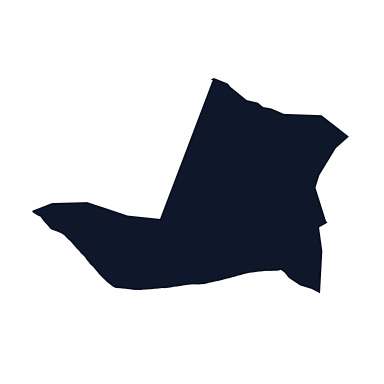 the district of Quatre Chemins, Castries, Saint Lucia, rotated 85°
{"feature_id": "8701671B54761121422893", "entity_name": "Quatre Chemins", "entity_type": "district", "adm_level": 2, "iso_a3": "LCA", "parent_name": "Saint Lucia", "parent_adm1": "Castries", "projection": "orthographic", "projection_center": [-60.975, 13.991], "detail": "fine", "context": "isolated", "style": "filled", "palette": "ink", "viewbox_px": 384, "rotation_deg": 85, "n_neighbors": 0, "source": "geoboundaries", "source_scale": "gbopen_adm2", "svg_char_len": 2532}
<svg xmlns="http://www.w3.org/2000/svg" viewBox="0 0 384 384"><g transform="rotate(85 192 192)"><path d="M150.4,32.1L127.5,56.7L122.9,94.0L116.4,106.1L114.2,114.2L109.4,119.1L105.9,129.9L95.9,140.2L91.2,145.1L87.7,147.4L81.2,160.3L81.6,161.5L82.0,160.6L216.9,225.8L210.6,258.4L193.7,297.5L191.6,332.3L197.3,351.9L198.0,351.8L201.6,346.9L202.2,345.6L202.9,344.5L203.4,344.2L204.8,343.3L205.6,342.9L206.7,342.3L208.4,341.1L209.1,340.6L210.8,339.2L212.5,337.9L214.3,336.7L215.5,335.9L216.8,334.3L217.3,333.0L217.8,332.0L218.2,331.0L219.2,328.9L220.4,326.6L221.6,324.7L222.9,323.1L223.6,322.3L224.1,321.9L224.7,321.4L226.9,319.7L227.8,318.9L228.4,318.3L230.1,316.7L231.7,315.5L233.9,314.0L235.5,312.7L237.4,311.6L238.8,310.2L241.6,308.1L242.8,307.5L243.3,307.0L244.5,305.8L245.0,305.4L245.9,304.6L248.2,303.1L248.6,302.8L250.0,302.2L252.4,300.4L254.1,299.4L254.5,299.2L255.1,298.7L257.3,296.5L259.1,295.3L259.9,294.8L261.4,293.7L263.0,292.6L263.6,292.1L265.3,291.1L267.2,289.4L268.6,288.5L269.8,287.3L270.6,286.6L271.7,285.7L272.2,285.3L274.2,283.5L275.1,282.4L277.5,279.9L278.8,278.5L280.0,276.6L280.4,274.9L280.6,273.7L280.9,271.4L281.3,270.0L281.6,267.4L282.1,265.5L282.7,262.2L283.0,261.2L283.3,260.2L283.6,258.6L283.9,256.6L284.0,255.6L284.3,252.6L284.4,250.6L284.2,248.1L284.4,246.6L284.4,244.3L284.4,242.7L284.5,241.4L284.5,239.2L284.4,238.6L284.4,237.3L284.5,234.1L284.4,233.0L284.3,229.7L284.6,227.9L284.6,226.5L284.6,224.0L284.5,222.8L284.4,220.8L284.0,218.5L284.1,215.7L283.9,213.4L283.9,211.5L283.8,210.8L283.5,208.9L283.3,204.3L283.3,202.0L283.2,200.0L283.6,196.5L283.8,194.4L284.0,192.7L283.9,191.9L283.9,191.1L283.9,189.4L284.0,188.4L283.9,187.5L283.8,186.1L283.7,185.6L283.2,183.8L283.0,181.9L282.7,178.8L282.5,177.6L282.4,177.1L282.3,176.4L282.2,175.0L282.0,173.0L281.9,172.2L281.7,171.2L281.4,169.5L280.9,166.8L280.6,165.4L280.5,163.6L280.3,162.7L279.9,160.4L279.4,158.1L279.3,156.7L279.2,156.1L279.0,155.3L278.5,153.8L278.3,151.1L277.7,148.6L277.5,147.6L277.4,147.0L277.2,145.4L277.1,144.7L276.7,141.9L276.7,139.8L276.6,137.6L276.5,135.9L276.3,132.8L276.4,131.1L276.4,130.5L276.3,128.9L276.3,127.8L276.2,126.5L276.4,123.7L276.6,121.6L276.6,120.8L276.8,119.3L276.8,117.2L277.1,113.7L277.0,113.0L276.9,112.2L276.4,110.0L277.4,108.9L280.1,106.0L282.1,104.7L285.4,102.5L289.3,97.7L294.0,91.7L295.2,88.6L298.3,80.9L302.8,73.9L262.3,68.1L237.9,69.3L234.5,61.9L234.1,60.9L232.6,61.9L230.9,62.2L199.7,69.1L198.3,69.4L192.3,66.9L186.1,64.4L160.4,45.5L150.4,32.1Z" fill="#0f172a" stroke="#020617" stroke-width="1.5"/></g></svg>